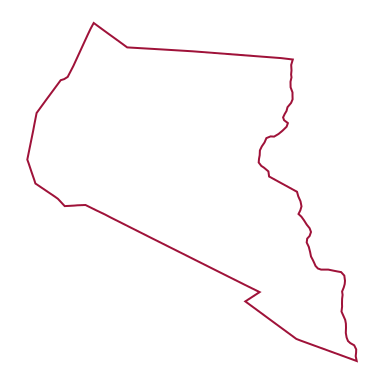 Mulungu do Morro, Bahia, Brazil
{"feature_id": "56859067B68595123472008", "entity_name": "Mulungu do Morro", "entity_type": "district", "adm_level": 2, "iso_a3": "BRA", "parent_name": "Brazil", "parent_adm1": "Bahia", "projection": "albers", "projection_center": [-41.471, -12.0], "detail": "fine", "context": "isolated", "style": "outline", "palette": "rose", "viewbox_px": 384, "rotation_deg": 0, "n_neighbors": 0, "source": "geoboundaries", "source_scale": "gbopen_adm2", "svg_char_len": 1588}
<svg xmlns="http://www.w3.org/2000/svg" viewBox="0 0 384 384"><path d="M35.4,183.5L55.1,196.8L57.9,198.8L64.7,206.1L68.7,205.9L74.0,205.6L77.6,205.3L85.5,205.0L96.2,210.3L105.0,214.5L110.7,217.5L152.4,238.5L228.2,276.5L245.2,285.0L259.6,292.1L245.3,301.4L276.0,324.0L296.3,338.9L300.4,340.5L356.7,361.0L355.7,356.2L356.1,352.6L356.2,349.4L354.2,345.3L350.3,343.1L348.0,341.0L346.6,337.5L345.8,332.9L346.0,327.7L345.9,323.7L345.2,319.9L343.6,316.3L341.5,311.6L342.1,306.5L342.0,303.5L342.1,298.9L342.6,294.9L342.1,291.5L343.7,287.6L344.7,284.1L345.0,280.8L344.3,275.6L341.1,272.1L337.7,271.5L333.6,270.7L328.3,269.6L324.6,269.6L321.1,269.6L317.9,268.5L315.5,265.9L314.3,263.1L312.9,260.1L311.0,256.5L310.1,252.0L308.8,246.9L306.7,242.5L307.2,238.6L309.6,236.0L311.0,232.0L309.6,228.2L306.7,224.6L304.0,220.3L301.4,216.7L298.5,214.0L300.3,210.4L301.5,206.4L300.5,201.3L298.3,196.4L297.0,191.8L269.1,176.5L268.4,171.4L263.9,167.6L261.3,165.9L258.7,162.5L259.0,158.9L259.7,155.2L259.9,150.4L261.8,146.4L264.5,142.5L266.4,138.1L270.6,136.4L274.1,136.6L278.5,134.0L282.5,130.7L286.6,126.7L287.9,123.1L284.1,120.2L283.1,117.4L284.7,114.0L286.5,111.0L287.5,107.2L291.1,102.9L292.6,99.3L292.5,95.5L292.5,92.4L290.6,87.3L290.5,81.7L291.5,77.4L291.1,74.5L291.5,70.5L291.2,64.9L292.8,59.5L281.1,58.1L261.4,56.6L192.6,51.3L161.3,49.4L127.2,47.4L112.8,36.9L109.3,34.4L104.1,30.6L93.7,23.0L90.7,28.5L87.7,34.8L73.4,65.9L67.7,76.9L64.2,79.1L60.7,80.2L46.8,99.0L36.6,113.0L34.3,124.7L33.2,130.6L27.3,159.6L28.6,163.2L31.5,171.9L34.3,180.0L35.4,183.5Z" fill="none" stroke="#9f1239" stroke-width="2"/></svg>